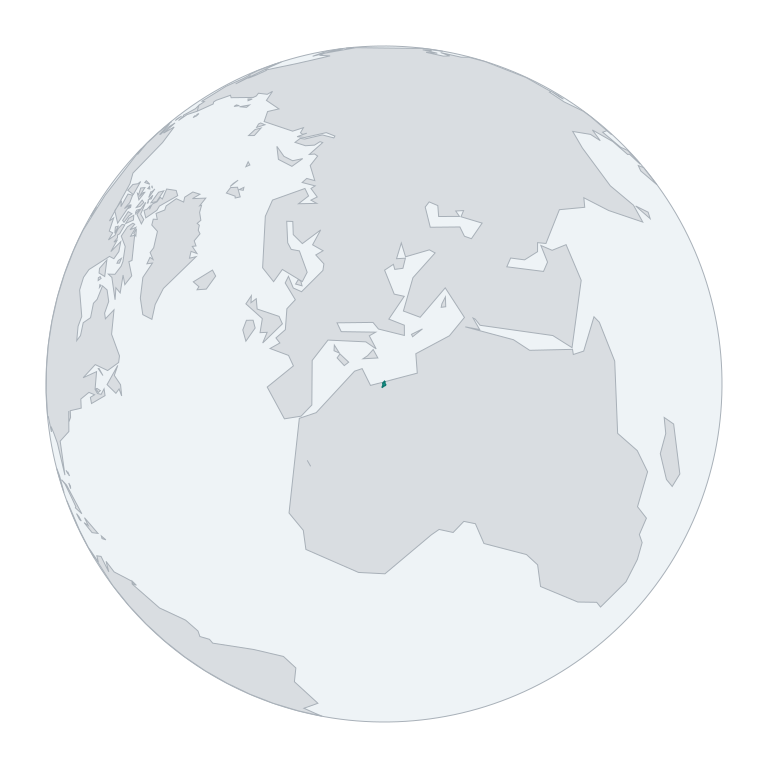 globe centered on Az Zawiyah, rotated 321°
{"feature_id": "LBY-2975", "entity_name": "Az Zawiyah", "entity_type": "Municipality", "adm_level": 1, "iso_a3": "LBY", "parent_name": "Libya", "parent_adm1": "", "projection": "orthographic", "projection_center": [12.658, 32.555], "detail": "fine", "context": "on_globe", "style": "filled", "palette": "teal", "viewbox_px": 768, "rotation_deg": 321, "n_neighbors": 0, "source": "natural_earth", "source_scale": "10m", "svg_char_len": 10394}
<svg xmlns="http://www.w3.org/2000/svg" viewBox="0 0 768 768"><g transform="rotate(321 384 384)"><circle cx="384" cy="384" r="338" fill="#eef3f6" stroke="#a8b0b8"/><path d="M225.5,85.6L228.6,84.0L240.7,78.0L247.1,75.1L286.1,61.8L327.2,52.1L337.3,49.7L337.3,50.5L351.4,47.7L356.7,47.2L353.7,47.5L352.8,47.7L367.5,46.6L369.8,46.7L378.2,46.6L379.6,47.2L366.9,48.7L367.5,49.4L377.9,48.7L385.9,49.6L370.5,50.3L382.7,52.2L363.8,57.0L321.6,62.1L312.6,68.5L273.2,84.5L278.4,84.8L266.7,92.3L268.3,95.8L260.5,98.6L268.5,99.1L275.3,95.9L281.0,95.2L282.6,97.3L273.0,100.9L270.8,100.5L268.8,102.7L263.3,103.8L266.9,104.4L255.0,109.2L269.0,107.7L261.3,114.2L252.9,116.6L251.0,112.1L226.7,109.4L217.6,112.0L206.6,119.4L191.6,141.3L182.6,146.6L172.5,156.9L178.6,155.4L188.8,147.1L197.7,147.8L209.0,138.4L214.3,137.7L227.0,130.6L228.0,136.6L222.0,146.6L211.5,153.1L208.5,158.0L220.9,156.4L203.6,173.9L196.1,195.7L191.3,200.3L177.7,199.6L171.8,187.2L154.1,189.8L168.4,193.5L156.1,206.3L155.3,211.1L157.7,214.0L163.4,211.6L159.9,217.5L144.4,215.1L147.4,209.6L152.3,210.2L149.4,204.8L138.9,204.9L133.5,212.2L123.4,207.3L119.4,212.7L115.0,215.3L122.0,206.6L109.2,222.6L96.4,224.6L78.7,254.0L93.0,224.4L96.2,215.2L98.5,207.5L95.4,212.0L102.6,198.0L102.1,197.7L116.1,178.1L131.4,159.6L148.0,142.1L165.8,126.0L184.7,111.1L204.7,97.6L225.5,85.6ZM75.2,246.7L76.5,243.9L74.2,250.9L67.0,267.0L75.2,246.7ZM64.1,275.1L59.8,290.4L54.5,309.1L51.4,324.2L51.1,329.5L49.9,342.8L52.7,336.8L55.6,339.9L51.9,356.8L56.4,346.9L56.0,360.2L64.0,378.7L62.4,381.0L68.6,416.8L81.2,442.7L84.0,458.9L82.0,464.4L87.7,472.6L87.8,477.6L115.8,508.5L134.4,532.5L136.8,549.2L127.0,559.0L131.7,590.5L117.7,585.6L123.3,596.7L126.9,603.3L111.3,583.5L97.1,562.6L84.6,540.7L73.8,517.9L64.6,494.4L57.3,470.3L51.8,445.6L48.1,420.7L46.3,395.5L46.4,370.3L46.8,365.6L49.7,340.2L50.4,332.8L49.4,337.0L51.0,326.6L56.5,300.6L64.1,275.1ZM73.7,262.7L67.5,294.7L66.2,286.0L67.3,285.4L69.9,275.1L73.1,261.3L73.2,255.4L73.7,262.7ZM81.8,255.2L82.5,251.0L82.5,254.0L81.8,255.2ZM246.7,75.2L249.6,74.0L240.7,78.0L229.0,83.7L246.7,75.2ZM272.2,65.2L268.7,66.6L261.7,69.0L265.9,67.4L272.2,65.2ZM344.1,48.5L336.5,49.5L343.1,48.6L344.1,48.5ZM379.1,46.5L380.6,46.4L384.3,46.5L379.1,46.5ZM225.7,128.0L226.3,129.3L223.6,129.9L225.7,128.0ZM230.6,123.9L227.0,123.7L228.8,121.7L231.0,121.9L230.6,123.9ZM389.9,47.7L395.4,48.4L387.6,47.9L389.9,47.7ZM234.6,124.7L232.4,118.4L235.7,115.1L246.7,113.2L234.6,124.7ZM397.2,48.9L410.9,51.4L415.3,50.9L410.6,54.5L400.5,50.7L390.1,49.9L396.7,49.7L397.2,48.9ZM276.8,94.1L269.6,97.5L274.1,92.9L276.8,94.1ZM278.2,91.4L283.9,79.8L295.3,76.4L291.1,80.6L304.6,75.3L307.4,79.1L300.6,83.0L292.7,84.3L299.7,84.9L278.2,91.4ZM405.8,56.5L407.2,57.6L403.3,56.8L405.8,56.5ZM283.7,94.7L283.8,92.4L293.7,89.1L295.2,93.1L291.5,92.8L283.7,94.7ZM306.8,72.2L314.4,70.9L318.8,73.5L322.3,73.5L308.4,79.0L306.8,72.2ZM290.1,94.6L295.7,95.4L292.5,98.9L284.2,96.7L290.1,94.6ZM295.6,86.6L300.4,85.4L298.2,87.3L295.6,86.6ZM284.2,112.9L284.2,109.6L289.3,107.5L284.2,112.9ZM298.1,95.4L299.1,94.2L301.2,93.2L304.1,94.5L298.1,95.4ZM312.4,80.7L312.6,82.3L318.3,78.6L321.8,80.9L311.9,84.3L317.6,83.8L318.7,84.5L309.4,86.6L312.4,80.7ZM313.2,92.9L301.8,98.8L300.8,105.0L296.2,106.9L298.7,96.7L313.2,92.9ZM311.8,88.9L311.6,91.7L306.0,92.4L302.6,90.9L311.8,88.9ZM327.7,81.4L324.9,76.9L327.2,76.4L327.7,81.4ZM314.0,94.5L316.7,93.0L314.6,94.8L314.0,94.5ZM324.7,85.1L323.4,83.5L326.1,82.9L324.7,85.1ZM323.2,91.8L319.6,93.6L317.2,92.5L323.2,91.8ZM324.8,88.6L328.7,88.2L318.5,91.0L323.8,87.9L324.8,88.6ZM327.4,84.8L328.5,83.9L327.6,85.6L327.4,84.8ZM334.4,95.3L322.2,99.1L316.9,96.5L329.5,93.1L334.4,95.3ZM506.9,69.2L494.8,65.9L457.6,57.4L473.4,60.6L471.9,61.2L478.8,63.4L489.8,66.2L489.8,65.6L518.1,80.2L548.6,95.1L541.4,88.6L545.4,89.2L573.9,105.0L619.7,143.0L625.6,147.8L631.6,154.1L639.1,162.5L630.5,153.4L630.4,154.5L624.4,148.6L633.6,160.5L625.4,152.7L636.5,166.6L641.6,170.4L636.6,162.1L649.7,178.7L655.5,183.4L665.5,197.1L687.3,235.3L695.5,256.2L697.9,261.9L696.3,261.4L701.5,278.1L710.5,297.3L712.8,306.1L717.8,333.6L716.6,327.4L712.4,325.9L716.9,349.0L720.3,355.6L721.6,369.4L721.7,372.9L721.4,374.3L719.4,360.0L717.8,358.9L714.4,339.6L705.8,317.7L705.2,331.0L701.6,320.0L689.6,306.5L686.7,325.4L684.6,372.4L690.4,402.1L687.0,421.0L667.8,390.6L656.5,365.0L651.2,373.0L630.0,358.9L598.3,376.7L592.3,370.8L586.6,377.8L571.4,376.0L561.7,365.8L553.2,370.2L578.8,396.9L587.8,392.2L593.1,375.1L598.8,385.9L613.2,390.3L602.5,427.5L553.0,474.1L545.7,452.6L495.6,398.8L495.7,391.0L495.4,390.2L494.7,388.8L492.6,401.9L483.1,390.7L512.5,431.1L518.4,449.5L552.3,475.7L549.7,480.2L559.9,484.1L589.5,463.9L590.2,471.5L577.7,511.4L534.5,569.4L538.9,595.2L533.6,618.1L503.8,638.9L503.5,653.4L487.7,661.7L484.8,669.7L470.5,679.8L447.6,690.0L411.9,693.6L411.9,687.5L397.4,675.4L378.2,639.9L389.6,621.2L387.4,606.2L361.3,570.9L367.1,550.1L359.6,541.0L344.3,542.9L335.3,531.7L325.9,531.0L265.3,532.1L245.6,514.4L219.2,463.4L229.2,446.9L229.0,424.5L296.6,357.4L313.3,363.6L369.2,355.5L376.7,358.3L372.6,376.6L416.7,396.5L427.8,380.5L465.2,387.7L488.4,382.9L492.1,347.8L454.1,354.9L445.0,339.5L473.4,319.6L506.2,314.3L503.7,308.3L480.8,298.7L486.2,285.3L472.6,294.5L479.8,299.7L471.5,306.0L464.5,301.7L466.6,296.9L456.1,295.9L448.5,320.6L454.9,328.6L428.6,336.6L436.8,351.1L430.4,359.1L414.3,337.8L414.2,329.2L386.0,306.9L383.7,316.4L410.2,338.5L402.9,337.3L400.0,351.8L396.4,339.8L368.1,314.6L343.0,320.5L314.7,354.9L299.3,356.8L284.7,348.4L291.3,312.9L325.0,312.9L327.8,301.7L317.8,284.7L328.9,286.6L329.0,280.2L341.5,279.7L355.9,264.4L368.1,262.7L370.8,243.3L377.5,240.2L373.9,252.3L378.0,260.4L408.0,257.3L412.9,252.8L412.2,240.8L420.5,242.1L416.1,230.9L431.8,224.4L408.9,223.5L407.5,210.8L415.4,200.3L410.8,196.3L398.0,213.7L396.6,221.0L402.0,227.3L394.6,248.8L385.0,253.0L377.1,231.0L362.6,235.0L362.8,217.3L397.3,179.0L413.1,170.9L445.6,182.3L443.7,190.4L431.0,190.1L445.4,201.3L442.9,195.1L449.8,196.6L450.3,186.1L455.2,186.7L447.2,175.9L453.3,175.6L458.2,182.4L464.1,167.8L475.9,165.1L474.8,161.6L470.4,158.6L488.3,157.8L486.8,155.4L480.3,154.6L472.9,149.4L466.9,140.2L473.5,140.4L476.5,143.7L492.8,151.6L499.9,161.2L501.9,160.4L497.3,152.3L477.5,142.5L472.1,137.1L481.9,140.5L477.9,138.8L477.2,136.2L482.7,134.1L472.1,130.0L456.0,104.6L465.0,99.0L475.5,104.1L471.1,89.6L481.6,86.4L475.6,85.4L469.4,79.0L466.1,79.8L462.7,79.0L445.4,65.3L446.4,63.0L432.1,57.9L429.0,57.6L427.5,58.9L410.6,54.5L415.3,50.9L422.1,51.5L420.5,49.6L436.2,51.7L448.4,53.2L466.5,57.9L474.6,59.5L473.0,58.7L482.8,60.9L499.9,66.6L506.9,69.2ZM276.3,395.0L275.2,401.8L276.3,395.0ZM543.4,326.1L561.5,320.7L549.1,302.5L555.0,299.3L548.6,294.7L548.1,301.3L531.9,288.2L538.1,279.2L533.7,270.9L527.4,272.4L518.6,291.3L541.8,309.7L539.5,319.8L543.4,326.1ZM64.3,379.1L64.9,384.6L63.2,381.6L64.3,379.1ZM63.5,291.2L63.4,295.4L62.5,300.0L62.1,297.8L63.5,291.2ZM68.7,324.2L69.8,330.1L67.6,326.7L68.7,324.2ZM67.1,299.4L67.7,320.1L63.6,315.8L63.7,303.0L65.1,307.9L67.1,299.4ZM76.7,262.5L76.1,266.0L74.6,268.2L76.7,262.5ZM81.8,257.5L81.7,256.8L83.0,253.2L81.8,257.5ZM157.1,206.4L158.2,206.8L159.4,210.7L156.6,210.8L157.1,206.4ZM178.8,218.8L172.6,228.2L175.0,221.1L169.8,222.5L168.4,210.2L188.8,202.0L179.8,207.6L178.8,218.8ZM172.3,192.6L170.9,200.6L171.6,192.2L172.3,192.6ZM317.2,247.9L322.4,252.1L319.1,259.4L303.6,263.8L308.3,253.1L317.2,247.9ZM330.6,256.6L327.1,234.8L336.5,231.9L331.8,237.1L338.4,237.3L332.6,245.9L345.0,265.4L342.9,273.3L315.5,275.8L325.7,270.3L320.0,266.1L330.6,256.6ZM301.4,191.9L300.1,184.6L322.4,187.5L321.1,194.2L305.6,198.4L298.0,193.1L301.4,191.9ZM254.5,123.6L252.5,122.1L255.2,120.8L259.0,121.1L254.5,123.6ZM283.8,111.5L265.9,129.4L262.7,128.4L256.0,141.2L245.1,143.7L249.8,135.1L236.3,147.2L236.2,140.5L228.0,149.3L239.6,129.9L238.9,125.1L243.9,129.4L253.9,127.0L258.1,124.6L269.4,114.3L272.9,103.7L283.5,100.4L290.0,101.0L290.8,103.0L283.7,104.3L289.8,106.1L280.1,109.7L283.8,111.5ZM360.4,120.7L351.8,119.4L362.5,127.4L352.9,129.5L354.7,130.3L348.7,134.6L344.7,141.5L339.9,141.6L340.4,144.4L336.4,147.6L335.5,151.5L326.6,153.3L324.8,158.4L321.6,156.4L320.8,164.9L317.5,159.5L312.0,163.8L318.1,166.8L272.7,170.9L256.2,178.2L244.3,187.7L240.2,178.3L248.7,163.9L263.7,149.4L280.2,144.3L275.4,141.4L281.8,138.3L282.9,141.9L285.0,134.6L290.7,133.2L304.0,122.8L303.6,114.3L308.4,110.7L311.4,113.4L314.2,108.0L323.1,110.8L326.8,108.5L339.2,109.3L342.8,116.5L346.7,113.4L356.3,114.5L360.4,120.7ZM337.8,95.7L344.3,102.8L342.2,107.8L321.4,104.4L316.8,106.1L303.4,105.0L306.7,98.1L310.2,99.0L314.4,98.3L311.7,100.7L317.1,98.3L322.1,99.6L327.6,98.2L328.2,100.7L337.8,95.7ZM383.6,351.2L389.0,351.7L397.3,350.4L395.6,359.9L383.6,351.2ZM364.0,334.2L368.7,332.9L370.3,344.8L364.7,344.7L364.0,334.2ZM369.9,322.5L368.8,331.9L366.1,326.7L369.9,322.5ZM378.2,250.7L383.1,248.9L384.1,251.7L382.1,256.1L378.2,250.7ZM390.0,148.1L385.4,145.8L386.5,144.3L381.7,136.4L388.4,134.8L394.0,138.9L390.0,148.1ZM486.5,355.0L480.6,362.8L476.7,360.4L479.5,358.1L486.5,355.0ZM436.6,362.7L448.6,365.4L436.0,365.3L436.6,362.7ZM396.5,144.9L393.8,141.8L398.9,143.0L396.5,144.9ZM393.1,133.3L398.9,133.8L388.7,133.7L393.1,133.3ZM583.9,597.4L557.3,640.1L543.5,645.0L543.4,636.0L554.9,612.0L571.8,599.8L580.7,586.3L583.9,597.4ZM721.5,400.9L717.6,380.0L719.1,374.3L721.9,379.1L721.5,400.9ZM691.6,404.0L697.4,416.7L694.9,423.0L691.6,404.0ZM701.2,269.8L702.7,275.6L701.1,271.7L698.2,262.1L701.2,269.8ZM450.3,131.9L449.5,144.1L453.5,153.0L462.7,157.7L449.4,156.9L443.3,143.0L450.3,131.9ZM454.6,107.6L446.5,104.4L450.1,103.0L452.4,103.5L454.6,107.6ZM449.6,107.7L439.6,109.3L435.1,105.7L443.9,105.1L449.6,107.7ZM418.3,125.8L417.6,129.4L413.4,128.2L418.3,125.8ZM572.4,103.5L567.1,100.0L565.8,99.1L572.4,103.5ZM561.1,96.2L563.1,97.6L540.9,87.2L534.8,84.4L548.8,89.3L551.5,91.0L557.9,94.5L561.1,96.2ZM410.4,57.4L407.5,57.6L408.3,56.7L410.4,57.4ZM461.0,79.6L456.6,78.3L457.7,76.9L461.0,79.6ZM444.9,74.2L446.8,76.7L442.1,73.9L444.9,74.2ZM451.3,82.5L446.2,77.6L455.0,82.5L451.3,82.5Z" fill="#d9dde1" stroke="#a8b0b8" stroke-width="1"/><path d="M383.6,382.5L384.4,382.6L384.8,382.5L386.1,382.2L386.2,382.7L386.1,383.0L385.5,383.3L385.3,383.7L385.2,384.0L384.8,384.9L384.9,385.3L384.8,385.7L384.4,385.8L384.2,385.9L383.6,385.8L383.2,385.7L382.7,385.5L382.2,385.5L381.4,385.5L380.0,385.4L381.2,385.2L381.3,384.9L381.8,384.7L382.2,384.5L382.4,384.1L383.0,383.7L383.2,383.4L383.5,382.6L383.6,382.5Z" fill="#14b8a6" stroke="#0f766e" stroke-width="1.5"/></g></svg>